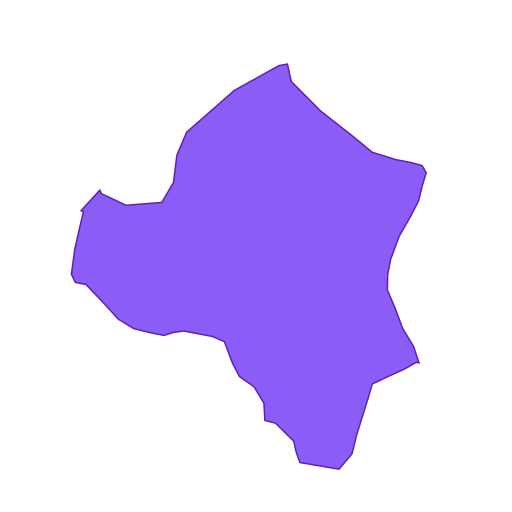 the border of Bogdanci, rotated 191°
{"feature_id": "MKD-2996", "entity_name": "Bogdanci", "entity_type": "Statistical Region", "adm_level": 1, "iso_a3": "MKD", "parent_name": "North Macedonia", "parent_adm1": "", "projection": "orthographic", "projection_center": [22.578, 41.189], "detail": "fine", "context": "isolated", "style": "filled", "palette": "violet", "viewbox_px": 512, "rotation_deg": 191, "n_neighbors": 0, "source": "natural_earth", "source_scale": "10m", "svg_char_len": 939}
<svg xmlns="http://www.w3.org/2000/svg" viewBox="0 0 512 512"><g transform="rotate(191 256 256)"><path d="M421.9,290.8L419.5,287.6L393.2,281.0L358.7,290.6L351.0,312.6L352.9,339.7L347.7,364.3L308.8,414.5L269.8,447.3L261.8,450.4L261.4,449.5L254.6,434.0L220.1,410.6L183.4,391.8L161.8,380.0L137.4,377.3L121.0,377.3L110.2,376.4L104.8,370.1L106.2,356.6L106.9,341.3L111.6,325.1L119.2,302.7L123.2,278.3L123.2,263.1L120.6,247.8L109.1,230.7L98.1,212.7L84.1,197.3L75.6,182.2L78.4,182.2L88.5,173.5L102.4,163.6L117.4,152.6L119.0,136.2L123.0,100.0L124.0,80.2L133.8,62.6L173.5,61.6L179.3,71.5L183.5,81.3L204.9,95.6L215.9,96.3L220.1,112.9L233.0,127.3L249.2,134.5L258.5,146.1L270.7,165.9L283.6,168.7L301.2,168.6L312.7,168.6L322.8,165.1L331.0,160.5L344.6,160.5L362.2,161.4L379.1,167.7L396.0,180.3L417.5,195.6L428.3,195.6L433.7,202.8L435.2,227.9L434.5,250.5L433.8,266.5L436.4,267.1L421.9,290.8Z" fill="#8b5cf6" stroke="#5b21b6" stroke-width="1.5"/></g></svg>